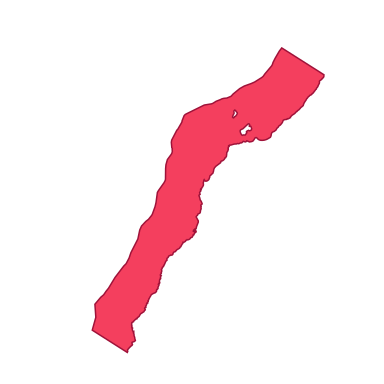 Lago Niassa, Niassa, Mozambique (Robinson projection), rotated 33°
{"feature_id": "85939544B11916103118899", "entity_name": "Lago Niassa", "entity_type": "district", "adm_level": 2, "iso_a3": "MOZ", "parent_name": "Mozambique", "parent_adm1": "Niassa", "projection": "robinson", "projection_center": [34.718, -12.529], "detail": "fine", "context": "isolated", "style": "filled", "palette": "rose", "viewbox_px": 384, "rotation_deg": 33, "n_neighbors": 0, "source": "geoboundaries", "source_scale": "gbopen_adm2", "svg_char_len": 6049}
<svg xmlns="http://www.w3.org/2000/svg" viewBox="0 0 384 384"><g transform="rotate(33 192 192)"><path d="M215.8,293.4L215.5,293.1L215.6,292.7L216.0,292.3L216.0,291.3L215.5,290.8L215.1,289.2L215.2,288.6L214.8,287.9L214.7,287.5L214.3,287.3L214.0,287.4L214.1,286.6L214.5,286.6L214.5,286.0L214.4,285.6L213.6,285.3L213.4,284.5L212.8,283.6L212.5,282.7L212.9,282.3L212.9,281.7L212.2,281.2L212.2,280.8L211.8,280.0L211.7,279.1L211.2,279.4L210.5,278.6L210.6,277.1L210.5,276.7L210.1,276.4L209.9,275.2L209.3,274.2L208.6,273.8L208.5,273.4L208.7,272.6L208.3,271.8L208.2,271.1L208.6,270.5L208.7,270.0L208.3,269.2L208.3,268.7L208.5,268.4L208.3,267.8L208.3,267.1L208.1,266.8L208.1,265.8L207.8,264.9L207.8,264.1L208.2,263.0L208.1,262.6L207.4,262.0L207.2,261.1L207.5,260.3L207.6,259.5L207.4,258.9L207.4,258.3L208.1,257.4L208.3,256.7L209.5,255.9L209.8,255.3L209.9,254.8L209.5,253.9L209.5,252.3L210.6,250.9L210.5,249.8L210.7,249.6L210.8,248.5L211.8,246.8L212.2,245.7L212.0,245.0L212.4,244.1L212.1,241.2L212.3,240.4L212.0,239.8L212.2,239.3L212.0,239.0L212.4,238.9L213.3,237.1L213.4,236.8L213.2,236.0L213.7,235.2L213.8,234.6L214.5,234.5L215.3,233.5L215.8,232.4L215.8,231.1L216.7,230.0L216.6,227.7L216.4,227.3L216.7,227.2L216.9,226.9L216.5,225.2L216.8,224.7L216.8,224.3L217.2,223.2L216.6,222.5L215.9,222.4L215.7,222.8L215.6,223.9L215.4,224.1L215.1,224.0L214.5,224.2L214.1,223.2L214.3,222.5L214.6,222.7L214.5,221.5L214.7,221.2L215.3,221.1L215.4,220.5L215.1,219.5L214.8,219.2L213.7,213.9L213.0,212.8L209.0,210.6L209.0,209.4L209.3,208.5L209.0,207.3L210.0,205.6L210.1,205.0L209.8,203.9L209.4,203.6L208.8,201.1L207.7,199.7L207.7,199.3L206.8,198.6L206.6,197.8L206.9,197.4L207.0,196.6L206.8,196.2L204.8,194.8L203.2,194.2L201.6,192.6L199.8,191.2L199.6,190.0L199.7,189.8L200.0,189.9L200.1,189.6L198.6,188.2L198.8,186.4L198.3,186.1L197.6,184.8L197.9,183.7L197.9,184.4L198.3,184.7L197.9,182.6L198.1,182.1L197.9,180.2L197.4,179.3L196.4,178.1L196.0,176.6L195.5,175.7L195.5,175.0L196.9,175.6L197.3,175.6L198.1,175.1L198.8,174.2L199.3,172.7L199.3,172.0L199.0,171.1L198.9,170.2L198.3,169.0L198.3,168.3L198.8,167.0L198.8,166.4L199.3,165.0L198.7,162.8L198.0,161.3L197.7,159.6L198.0,157.4L200.0,151.9L199.9,151.3L199.6,150.8L199.8,150.0L200.6,149.2L201.1,147.8L201.3,146.7L201.0,145.6L201.5,145.1L201.5,144.8L201.4,144.4L201.5,143.5L201.1,142.5L200.7,142.1L200.6,141.5L199.7,140.1L199.7,138.2L199.2,136.4L198.8,136.2L198.8,135.9L198.2,135.1L198.0,134.5L198.2,134.2L198.3,133.4L197.6,133.1L197.9,132.6L197.9,132.3L199.0,131.5L201.3,128.8L203.1,127.5L203.6,126.7L205.0,126.0L206.0,124.3L206.7,123.9L207.0,123.5L207.4,121.6L209.4,121.0L209.9,120.4L210.1,119.2L213.0,118.7L214.7,117.1L215.4,115.9L215.5,114.1L215.4,112.4L216.0,111.5L216.4,111.3L217.5,111.4L218.4,111.7L220.0,111.7L221.5,111.2L223.1,110.2L224.5,109.0L225.7,107.6L226.4,106.5L227.9,103.5L227.9,102.8L227.6,101.6L226.8,99.8L226.7,98.4L227.2,97.4L227.9,96.5L228.7,94.3L228.5,92.4L229.0,90.6L228.9,89.6L229.1,88.7L229.6,87.8L229.9,85.5L229.9,84.3L229.5,82.5L229.5,82.0L230.4,80.7L231.5,79.9L232.0,79.3L232.0,78.6L232.5,78.5L233.0,78.0L233.7,76.6L233.8,76.0L234.0,75.9L233.7,75.3L234.2,73.0L235.4,70.3L235.8,67.9L236.0,67.3L236.2,67.2L236.2,66.6L236.6,65.3L236.8,65.1L237.2,63.0L237.3,61.7L237.6,61.1L238.2,59.0L237.6,56.9L237.5,54.5L237.6,53.1L237.4,51.2L237.6,50.6L237.7,48.8L238.1,47.7L238.2,46.7L238.8,46.0L239.3,44.9L239.2,43.9L239.7,43.1L239.8,41.5L239.7,41.1L239.9,40.6L239.9,38.9L240.2,38.1L239.9,37.0L240.1,35.7L240.1,34.8L239.9,34.5L239.6,31.5L239.2,30.6L238.7,30.1L238.5,29.4L239.5,26.8L239.4,26.1L239.8,24.7L239.8,23.6L238.8,21.8L188.8,22.3L188.5,26.3L188.9,34.6L189.4,39.2L190.0,41.4L190.1,42.8L188.8,53.3L188.7,56.2L188.2,57.9L184.6,65.7L182.5,68.9L178.1,74.7L175.7,79.3L173.1,87.5L172.7,90.2L172.2,91.1L170.0,94.3L167.7,96.1L166.4,97.5L165.6,98.9L162.8,102.8L161.3,106.1L160.4,107.4L154.9,112.4L144.5,129.9L144.1,130.7L143.8,132.2L144.9,137.7L145.3,138.4L145.5,139.6L145.9,147.4L145.6,148.3L146.7,159.5L147.6,161.6L150.9,165.8L151.9,166.4L152.3,167.3L153.4,168.7L153.9,170.1L154.1,171.5L153.7,178.2L155.3,183.3L157.1,186.7L162.6,195.4L163.2,196.6L163.5,199.3L163.1,208.9L163.2,211.2L167.6,220.5L169.0,224.4L170.8,232.1L170.9,233.5L170.4,238.6L169.3,241.8L168.2,248.0L168.9,252.4L172.2,260.9L173.8,276.1L175.2,281.6L175.8,288.0L175.1,291.3L174.0,305.6L174.4,318.1L174.0,322.0L173.9,326.3L172.8,330.0L171.7,339.0L179.6,349.5L183.6,362.2L225.1,361.8L224.9,360.6L224.0,359.8L223.9,359.5L224.3,356.5L225.0,353.6L225.2,353.4L225.2,352.4L223.9,351.4L223.6,350.7L225.2,348.6L225.4,347.4L223.7,345.9L223.1,345.1L221.6,344.0L220.7,342.7L220.0,342.4L219.8,341.7L219.3,341.7L219.0,341.3L219.0,340.7L218.5,341.0L217.8,340.7L217.7,340.5L217.2,340.2L216.2,339.1L216.4,338.7L216.2,338.4L215.6,338.5L215.2,337.9L214.9,338.0L214.4,336.8L213.9,336.7L213.6,335.9L213.2,335.6L212.9,334.4L212.7,334.2L213.3,333.1L213.3,332.8L213.6,332.6L213.4,331.9L214.1,329.2L214.3,329.1L214.4,328.6L214.9,328.2L214.6,327.4L215.4,325.2L215.2,322.6L215.5,321.5L215.9,320.9L216.2,319.9L216.8,318.8L216.8,317.9L216.7,317.5L217.0,316.4L216.9,316.1L215.7,315.5L215.5,315.1L215.6,314.6L216.1,314.2L216.2,313.9L216.0,313.5L215.3,313.0L215.4,312.8L215.3,311.2L214.8,310.6L215.0,310.0L214.8,309.6L215.1,309.4L214.8,309.2L215.0,308.0L214.9,307.6L214.4,307.3L214.4,305.8L214.0,305.1L214.1,304.4L213.9,303.2L214.0,302.7L213.8,300.3L214.6,298.5L215.2,297.7L215.6,296.9L216.0,296.6L216.3,295.3L216.3,294.6L215.8,293.8L215.8,293.4ZM207.9,107.8L207.2,109.1L207.0,109.3L205.8,109.5L205.0,110.8L204.8,111.4L204.8,111.8L205.0,112.1L205.6,112.3L205.7,112.8L205.6,114.9L205.5,115.3L204.0,116.2L203.3,117.1L202.5,117.0L200.9,116.3L199.3,114.9L198.9,114.1L199.0,113.3L200.3,111.1L201.9,104.6L202.4,103.9L203.1,103.8L203.6,104.1L204.1,105.6L204.4,105.7L205.2,104.9L205.6,104.9L207.5,106.3L207.9,107.3L207.9,107.8ZM187.3,104.5L186.8,105.5L186.6,106.9L186.3,107.3L185.9,107.3L185.2,107.1L184.7,105.6L184.4,103.0L183.2,101.6L183.0,100.9L183.2,100.0L184.1,99.9L185.0,100.4L186.6,100.8L187.2,101.4L187.4,102.7L187.3,104.5Z" fill="#f43f5e" stroke="#9f1239" stroke-width="1.5"/></g></svg>